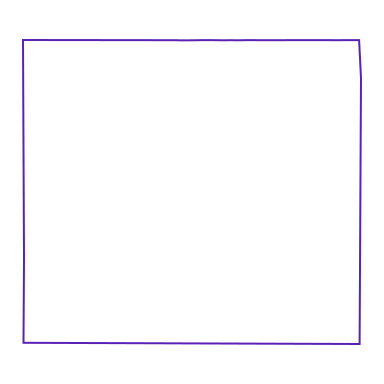 Moody, South Dakota, United States of America (Albers equal-area conic projection), rotated 270°
{"feature_id": "52423323B47185171821034", "entity_name": "Moody", "entity_type": "district", "adm_level": 2, "iso_a3": "USA", "parent_name": "United States of America", "parent_adm1": "South Dakota", "projection": "albers", "projection_center": [-96.52, 44.022], "detail": "fine", "context": "isolated", "style": "outline", "palette": "violet", "viewbox_px": 384, "rotation_deg": 270, "n_neighbors": 0, "source": "geoboundaries", "source_scale": "gbopen_adm2", "svg_char_len": 447}
<svg xmlns="http://www.w3.org/2000/svg" viewBox="0 0 384 384"><g transform="rotate(270 192 192)"><path d="M41.2,23.5L40.0,359.6L305.7,361.0L343.9,359.1L343.8,332.5L343.8,331.0L343.9,330.9L343.8,262.7L343.8,261.1L343.9,245.8L343.8,245.2L343.7,234.7L343.8,232.5L343.7,220.4L343.8,218.6L343.9,206.8L343.9,204.9L343.7,190.5L343.7,188.9L343.7,178.2L343.8,176.4L344.0,23.0L126.0,24.0L41.2,23.5Z" fill="none" stroke="#5b21b6" stroke-width="2"/></g></svg>